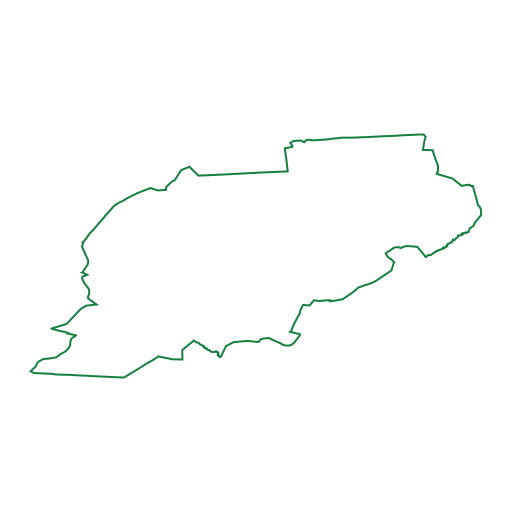 Strazdes pag., Talsi, Latvia (Equal Earth projection)
{"feature_id": "27541924B84613839028203", "entity_name": "Strazdes pag.", "entity_type": "district", "adm_level": 2, "iso_a3": "LVA", "parent_name": "Latvia", "parent_adm1": "Talsi", "projection": "equal_earth", "projection_center": [22.759, 57.138], "detail": "fine", "context": "isolated", "style": "outline", "palette": "green", "viewbox_px": 512, "rotation_deg": 0, "n_neighbors": 0, "source": "geoboundaries", "source_scale": "gbopen_adm2", "svg_char_len": 5912}
<svg xmlns="http://www.w3.org/2000/svg" viewBox="0 0 512 512"><path d="M257.8,342.0L258.2,342.0L258.5,341.9L259.1,341.4L259.7,340.7L259.9,340.4L260.0,340.2L261.2,339.0L268.3,337.9L268.6,337.9L268.7,338.1L280.3,343.2L280.5,343.2L280.6,343.4L280.9,343.6L281.6,344.0L282.7,344.6L284.3,345.4L287.8,345.6L290.6,345.2L294.0,342.9L299.9,335.3L299.8,334.2L290.1,331.8L291.2,330.8L291.3,330.7L293.8,324.5L294.2,323.6L295.3,321.6L296.8,318.7L298.2,316.1L299.8,313.4L300.3,310.4L302.6,305.6L302.9,305.2L303.2,305.0L303.8,305.0L304.9,305.1L309.6,305.5L313.9,300.3L316.6,300.7L319.9,301.0L321.2,300.8L329.0,300.2L329.6,300.1L329.7,301.2L336.4,300.5L339.3,299.7L341.7,299.5L342.6,299.3L352.8,292.3L354.5,290.9L355.1,290.4L358.6,287.4L361.2,286.5L362.9,285.8L363.9,285.4L365.0,285.2L366.4,284.8L368.2,284.2L370.1,283.6L375.0,281.5L376.2,280.7L380.1,278.1L391.5,270.4L393.9,262.2L394.1,262.1L391.2,259.2L391.0,259.3L387.8,257.0L385.7,253.2L387.7,251.9L394.3,247.6L396.3,247.2L398.7,247.3L399.7,247.6L401.1,248.1L401.7,247.6L403.6,246.7L406.0,246.2L408.0,246.1L413.9,246.5L417.3,246.9L417.5,247.0L423.3,253.9L425.5,256.8L425.6,256.7L426.0,257.0L426.8,256.2L428.2,255.3L428.2,255.2L429.0,255.3L429.3,255.1L429.8,255.0L430.7,255.0L431.7,254.5L431.9,254.2L434.1,252.7L434.4,252.6L434.5,252.5L434.5,252.3L434.8,252.2L435.4,251.8L435.7,251.8L436.4,251.1L436.7,251.1L436.8,251.0L437.2,251.0L438.3,250.5L438.3,250.3L439.1,250.1L439.4,250.1L439.9,249.9L439.6,249.8L440.2,249.5L441.0,249.4L441.4,249.3L441.5,249.2L442.2,248.9L442.4,248.7L442.7,248.7L442.7,248.4L443.3,248.3L443.2,248.2L443.3,247.5L443.7,247.4L444.3,247.5L444.7,247.3L444.9,247.4L445.3,247.4L445.5,247.0L445.9,247.0L446.0,246.8L446.5,246.7L447.0,246.3L447.1,246.0L446.6,245.8L447.0,245.3L446.9,244.9L447.3,244.4L447.7,244.3L448.1,243.8L448.7,243.7L448.9,243.7L449.4,243.1L449.7,243.1L450.1,242.9L450.4,242.9L451.0,242.4L451.8,242.3L451.9,241.9L451.9,241.5L453.0,240.4L452.9,239.8L453.9,240.3L454.0,240.0L454.7,239.9L455.3,239.0L455.9,238.3L456.4,238.3L457.2,237.5L457.7,236.7L457.8,236.4L458.0,235.6L458.7,235.7L459.0,235.3L460.5,235.5L460.8,235.3L461.2,234.6L461.9,234.7L462.0,233.8L462.7,233.9L462.7,233.3L463.6,233.3L463.9,232.9L465.1,232.6L465.6,233.0L465.8,232.5L466.2,232.4L466.6,232.7L468.4,232.0L469.7,228.4L473.4,226.0L474.8,222.9L475.3,222.1L476.9,220.4L477.9,219.0L479.7,216.8L481.3,214.8L480.8,209.3L479.6,206.5L478.6,206.0L477.7,204.2L476.8,200.0L476.6,199.5L472.8,185.9L470.7,186.0L469.9,184.8L467.1,184.9L461.6,185.8L452.3,178.4L436.7,173.9L438.0,170.7L438.0,165.9L437.2,163.4L436.0,160.6L432.5,150.2L422.9,149.9L424.5,140.5L425.7,136.8L423.6,134.5L420.5,134.5L408.2,135.0L394.5,135.8L380.4,136.4L368.3,137.0L367.8,137.1L367.2,137.1L361.1,137.3L354.2,137.6L351.6,137.7L348.8,137.7L346.2,137.7L344.2,137.7L342.3,137.7L339.8,137.9L336.6,138.3L333.9,138.5L331.3,138.8L328.3,139.3L324.6,139.6L320.7,139.9L315.0,140.2L313.4,140.3L311.8,140.3L311.0,140.2L309.4,139.9L309.1,139.8L306.6,139.9L304.2,142.3L301.0,140.5L293.5,141.0L290.3,142.9L292.3,145.7L292.4,146.8L286.9,148.0L286.1,147.7L284.8,148.4L286.4,159.7L287.7,171.4L273.6,172.0L259.8,172.6L242.8,173.5L222.0,174.6L221.1,174.6L214.6,174.9L208.7,175.2L206.6,175.3L198.4,175.6L189.3,166.8L181.1,170.2L174.6,180.4L171.9,181.5L166.2,187.1L166.0,189.9L161.0,190.2L157.4,190.4L152.6,188.7L150.7,188.0L141.5,191.5L136.9,193.3L135.1,194.3L129.0,197.2L123.0,200.8L120.2,202.1L116.3,204.3L114.7,205.4L113.5,206.5L107.4,213.5L105.6,215.1L104.6,216.7L103.9,217.5L92.9,230.3L90.0,233.1L86.3,238.2L86.5,238.2L86.4,238.5L85.1,239.8L83.5,241.8L82.9,242.4L83.2,242.5L82.0,246.6L82.5,247.7L83.8,250.8L88.1,260.2L88.2,262.8L87.4,265.0L87.0,265.5L85.1,268.4L82.5,272.2L82.9,272.5L82.5,272.6L87.2,274.8L82.4,276.6L81.9,278.2L82.0,278.3L84.1,282.8L89.2,289.5L89.1,293.6L87.7,298.1L96.5,304.5L86.2,305.7L80.8,308.9L66.7,323.9L52.2,328.3L51.6,328.7L51.7,328.8L53.9,329.4L56.0,329.9L58.6,330.7L64.0,331.8L65.1,331.9L69.0,333.5L68.4,333.8L75.4,335.1L75.9,335.4L74.0,336.9L73.6,337.0L72.8,337.6L72.1,338.1L71.5,338.7L71.2,339.2L70.8,340.1L70.5,341.7L70.3,342.8L70.2,344.2L70.0,345.1L69.7,346.2L69.1,347.3L68.4,348.4L67.8,349.0L66.5,350.4L65.1,351.6L64.3,352.1L62.4,353.1L61.0,353.9L60.6,354.1L60.3,354.3L57.2,356.7L56.4,357.2L55.4,357.5L54.8,357.6L50.2,358.4L48.4,358.6L46.8,358.7L45.3,358.9L44.0,359.0L43.3,359.1L42.4,359.4L41.5,360.0L40.8,360.4L39.7,361.0L39.1,361.3L38.3,362.0L37.8,362.5L37.4,362.9L37.1,363.4L36.9,363.8L36.3,365.2L35.8,366.1L35.4,366.7L34.5,367.6L32.5,369.4L31.4,370.5L30.9,371.1L30.7,371.3L31.0,371.4L32.7,372.4L33.9,373.0L35.6,373.1L48.4,373.7L53.3,374.0L54.8,374.4L61.6,374.7L69.4,374.8L71.8,375.0L78.3,375.4L85.8,375.7L92.4,376.1L102.9,376.6L107.7,376.8L113.6,377.1L124.0,377.5L127.7,375.3L130.9,373.3L132.5,372.4L133.0,372.1L139.2,368.3L142.5,366.2L146.6,363.6L153.4,359.8L156.0,358.0L158.5,356.4L172.4,359.3L182.4,359.5L182.3,350.0L185.1,347.6L192.4,341.8L193.6,340.6L195.4,341.6L195.8,342.0L196.2,342.3L197.0,342.3L197.8,342.7L198.8,343.0L199.2,343.2L199.6,343.8L200.2,344.6L200.4,344.7L201.2,344.8L202.3,345.5L203.6,345.9L204.1,346.1L204.2,346.3L203.9,346.8L203.6,346.9L203.6,347.2L203.9,347.4L204.2,347.5L204.5,347.8L204.8,348.0L205.0,348.1L205.5,348.2L206.0,348.0L206.3,348.1L206.6,348.3L206.7,348.6L206.7,348.9L206.6,349.1L206.9,349.4L207.5,349.6L207.8,349.8L208.3,350.0L208.6,349.9L209.1,349.9L209.6,350.2L209.9,350.4L209.9,350.7L210.0,350.9L210.1,351.1L210.6,351.5L211.7,351.8L212.9,352.0L213.9,352.1L214.8,351.9L215.6,351.6L215.9,351.3L216.4,351.4L216.7,351.8L216.8,351.9L217.0,352.0L217.7,352.0L217.9,352.2L218.3,352.6L218.3,353.0L218.0,353.5L217.8,353.6L217.7,353.8L217.9,354.0L218.1,354.1L217.9,354.3L217.9,354.6L218.2,354.6L218.2,354.8L218.0,355.1L218.5,355.2L218.7,355.4L218.7,356.0L218.8,356.3L219.0,356.6L220.1,357.0L220.6,357.0L221.7,355.0L224.3,349.6L226.0,346.1L232.8,342.6L233.3,342.3L234.0,342.1L245.2,341.1L247.9,340.9L257.8,342.0Z" fill="none" stroke="#15803d" stroke-width="2"/></svg>